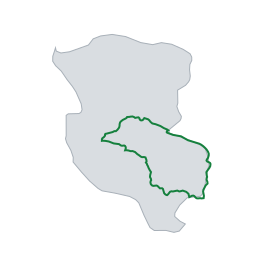 Southern on a map of Rwanda (Robinson projection), rotated 285°
{"feature_id": "RWA-3491", "entity_name": "Southern", "entity_type": "Province", "adm_level": 1, "iso_a3": "RWA", "parent_name": "Rwanda", "parent_adm1": "", "projection": "robinson", "projection_center": [29.673, -2.278], "detail": "medium", "context": "in_parent", "style": "outline", "palette": "green", "viewbox_px": 256, "rotation_deg": 285, "n_neighbors": 0, "source": "natural_earth", "source_scale": "10m", "svg_char_len": 2914}
<svg xmlns="http://www.w3.org/2000/svg" viewBox="0 0 256 256"><g transform="rotate(285 128 128)"><path d="M101.5,70.4L104.5,70.3L124.2,65.0L126.2,66.6L129.3,77.0L131.0,78.5L133.8,78.9L139.3,76.5L149.4,68.4L153.8,63.5L159.0,56.6L165.7,48.8L169.4,42.0L173.0,38.0L177.8,36.8L183.1,37.1L186.7,37.2L183.7,38.8L183.1,43.8L186.5,51.8L197.9,68.3L205.1,71.3L209.8,77.7L214.3,88.5L215.7,102.0L213.8,118.2L214.9,130.3L219.1,138.2L220.2,148.5L218.2,161.1L215.8,168.7L213.0,171.2L209.8,172.1L205.4,171.3L200.1,172.4L194.3,174.7L190.7,175.1L188.4,174.6L184.2,172.6L177.4,166.1L164.9,169.7L161.5,169.6L156.9,172.7L153.1,176.5L150.8,176.8L148.5,176.3L137.7,168.6L133.8,168.8L132.1,190.4L130.3,202.4L128.1,207.8L120.4,213.0L112.6,215.9L108.3,215.7L91.2,217.3L84.5,217.3L80.8,215.6L76.0,203.3L66.9,197.9L58.1,195.3L54.6,196.0L51.4,202.4L50.1,208.2L41.7,204.2L39.1,199.4L38.9,191.2L35.8,179.9L37.5,175.1L40.9,172.0L47.9,166.0L58.5,157.8L60.8,153.9L62.3,147.3L61.7,132.1L60.6,119.2L61.9,114.7L66.8,104.7L73.3,94.6L80.9,83.8L85.5,82.7L91.5,78.7L97.9,72.6L101.5,70.4Z" fill="#d9dde1" stroke="#a8b0b8" stroke-width="1"/><path d="M136.2,167.5L134.8,166.4L133.9,166.5L133.6,167.0L133.0,173.3L133.7,181.3L131.7,189.1L131.3,200.8L130.8,203.1L129.9,205.4L128.8,207.5L127.6,209.4L125.7,211.5L124.0,212.7L122.2,213.1L119.9,213.0L117.9,212.3L116.8,212.3L116.1,213.3L115.8,215.4L115.4,216.4L114.6,217.0L112.5,217.3L110.8,217.0L106.0,215.2L105.4,215.2L102.7,216.3L101.2,217.1L100.3,217.0L98.3,217.3L96.6,218.6L94.9,219.2L92.7,217.9L87.7,216.8L86.0,217.0L82.1,218.9L79.8,219.2L79.0,217.2L78.9,215.9L78.1,213.8L77.9,212.6L78.2,211.5L79.4,209.7L79.6,208.6L79.1,207.3L77.1,205.1L80.1,203.4L81.4,200.8L81.7,197.1L80.2,194.5L80.0,193.8L80.3,191.8L78.3,187.8L78.1,186.3L77.3,185.1L74.4,183.9L73.3,183.2L73.2,182.5L73.6,181.1L74.4,179.8L78.2,177.5L78.6,176.6L78.0,174.4L79.7,171.4L79.8,170.4L78.6,167.3L78.8,165.9L79.7,164.6L81.1,163.8L82.5,163.6L83.5,163.9L84.7,163.4L86.4,161.9L88.2,161.6L91.4,161.6L92.8,160.0L95.0,158.0L96.2,157.2L97.2,156.2L98.4,155.4L99.3,154.2L100.4,154.6L101.8,154.1L104.1,152.5L104.1,151.1L103.5,149.1L103.6,148.0L104.9,144.8L105.0,144.1L106.6,141.1L106.9,138.4L106.3,136.5L106.4,134.3L106.1,132.0L105.7,131.0L108.0,131.1L109.0,130.7L109.9,129.8L110.1,128.8L109.3,126.8L109.3,125.6L110.1,123.5L109.4,118.2L110.0,112.9L109.7,109.4L109.1,106.5L108.9,106.1L110.5,105.7L111.5,105.9L113.0,107.1L114.7,107.8L115.8,107.5L116.5,107.7L116.9,108.6L120.1,114.2L121.4,115.6L121.8,117.1L123.6,118.3L126.1,119.3L127.8,119.3L129.6,118.9L131.2,118.9L132.3,119.3L134.4,120.8L136.6,123.3L137.4,124.0L138.4,124.3L139.1,126.5L139.5,127.2L140.3,129.4L140.1,131.1L139.6,132.3L140.4,133.8L141.0,135.4L140.3,136.6L139.6,136.9L138.9,137.7L138.7,138.7L139.3,140.0L140.1,140.5L141.8,141.2L141.6,145.2L141.0,146.5L139.7,148.2L138.7,150.3L138.8,153.7L138.3,158.8L137.2,162.6L136.6,166.7L136.2,167.5Z" fill="none" stroke="#15803d" stroke-width="2"/></g></svg>